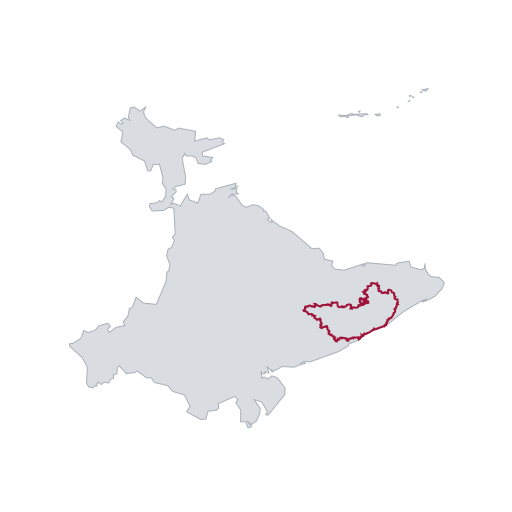 Karnataka on a map of India (Natural Earth projection), rotated 260°
{"feature_id": "IND-2446", "entity_name": "Karnataka", "entity_type": "State", "adm_level": 1, "iso_a3": "IND", "parent_name": "India", "parent_adm1": "", "projection": "natural_earth1", "projection_center": [76.378, 15.043], "detail": "fine", "context": "in_parent", "style": "outline", "palette": "rose", "viewbox_px": 512, "rotation_deg": 260, "n_neighbors": 0, "source": "natural_earth", "source_scale": "10m", "svg_char_len": 9719}
<svg xmlns="http://www.w3.org/2000/svg" viewBox="0 0 512 512"><g transform="rotate(260 256 256)"><path d="M88.1,218.4L94.6,217.0L95.3,212.1L107.1,214.2L115.1,210.7L117.7,213.2L121.5,210.9L117.2,193.3L112.7,192.8L110.9,189.9L111.5,181.7L104.2,178.4L104.6,173.1L114.8,160.6L119.2,165.0L131.6,161.4L137.1,150.5L143.6,146.6L149.1,134.0L154.0,131.8L155.1,127.1L163.5,118.8L162.2,116.7L162.7,107.9L171.4,102.4L170.4,100.2L164.2,98.5L163.9,94.8L160.5,94.7L159.9,91.6L156.5,88.8L158.2,84.4L156.3,81.5L159.4,78.3L155.5,76.5L156.3,74.3L154.3,72.4L156.2,68.5L160.0,67.0L175.8,70.6L185.8,67.4L199.3,56.9L202.0,57.1L201.7,60.3L205.2,69.2L212.5,73.4L209.8,77.4L210.7,84.5L214.5,89.1L215.5,98.4L212.1,100.4L209.6,97.1L206.1,98.1L210.1,105.9L210.2,114.7L214.3,113.7L218.8,119.3L226.3,122.2L226.8,125.2L236.2,130.8L229.3,136.9L225.6,149.4L246.2,162.8L255.7,165.5L256.4,167.6L262.8,169.7L272.0,168.0L278.0,170.7L279.0,174.2L285.4,178.3L289.2,177.0L291.8,180.3L317.3,183.4L319.1,178.6L316.9,172.9L318.4,161.6L323.3,159.6L326.0,160.8L325.5,167.6L327.3,170.4L325.6,172.4L330.4,177.4L337.5,179.0L344.2,176.3L348.8,178.0L363.2,176.8L364.0,170.8L358.2,167.1L358.6,164.3L369.0,162.6L376.7,152.2L382.5,150.8L392.0,142.7L400.9,146.5L408.0,140.8L411.8,143.6L409.3,145.9L409.6,148.1L412.9,146.3L414.7,150.3L411.5,155.2L415.2,154.5L423.6,157.9L423.9,161.8L418.9,166.7L421.8,173.2L417.4,170.2L411.2,171.2L399.4,180.4L399.8,188.1L393.8,198.1L395.4,201.9L389.3,218.2L379.9,215.6L380.8,228.5L378.5,229.9L378.7,241.0L375.9,244.4L373.7,242.4L372.1,244.5L367.5,220.9L363.8,220.8L360.5,230.6L358.3,227.6L356.9,228.9L355.0,222.3L357.1,215.2L363.0,213.8L365.5,210.8L366.8,204.2L369.5,203.4L364.6,200.2L346.0,200.4L338.9,198.5L338.5,189.5L336.7,185.7L335.4,188.6L333.3,188.6L329.1,183.0L326.9,185.2L321.5,180.9L322.4,183.6L318.5,190.2L328.7,199.0L323.0,200.0L318.2,207.7L326.4,212.6L324.8,221.0L326.8,226.8L329.2,227.7L331.1,249.0L328.8,247.8L327.6,250.0L326.2,242.5L325.7,248.9L322.2,247.6L320.3,249.3L321.0,242.3L318.0,239.0L320.6,242.5L318.2,246.6L308.4,251.1L305.7,254.8L307.1,262.2L304.6,267.6L300.3,271.8L298.8,271.2L298.5,273.4L291.0,276.2L290.1,273.5L287.2,275.3L286.4,277.6L289.4,277.1L281.7,284.1L274.0,295.6L253.7,312.2L252.6,319.6L246.7,322.8L241.1,322.7L237.6,330.7L233.6,328.8L229.5,331.3L226.7,340.1L229.8,362.1L228.0,359.0L226.9,360.4L230.2,363.8L222.6,392.1L224.5,393.7L224.4,405.8L218.2,406.7L213.8,416.3L214.7,419.5L219.4,421.4L214.2,420.4L207.6,422.6L204.9,425.6L203.3,432.6L196.9,436.8L191.5,433.5L185.4,425.4L182.7,417.8L181.7,411.3L184.3,416.7L183.0,411.3L175.6,391.5L166.4,374.8L159.8,348.2L154.7,340.1L153.3,332.0L151.5,331.4L147.6,321.0L142.3,290.7L143.8,285.5L143.4,283.7L141.8,286.1L141.4,284.7L141.6,281.7L143.6,282.0L141.3,280.8L139.9,274.3L142.6,262.6L139.5,252.9L140.8,251.6L139.4,251.7L145.3,247.7L138.6,248.4L140.5,244.6L138.4,244.5L138.8,242.0L141.8,241.0L134.5,240.5L135.5,243.0L132.8,246.7L135.2,250.7L132.4,255.9L120.8,261.7L114.5,260.3L97.1,240.2L98.1,238.1L100.7,240.3L111.2,236.3L114.9,229.1L105.3,233.7L100.3,232.4L93.4,227.7L90.9,222.4L95.2,218.5L88.8,222.1L88.1,218.4ZM377.0,389.0L374.7,384.4L377.6,379.5L378.2,363.9L380.5,361.3L378.6,369.6L379.9,375.2L378.5,376.6L377.0,389.0ZM390.8,448.4L390.9,455.1L388.9,451.5L390.8,448.4ZM374.6,402.6L373.0,402.7L372.8,399.9L374.6,397.9L374.6,402.6ZM385.4,437.6L385.3,439.6L384.9,437.8L385.4,437.6ZM387.2,434.9L386.6,437.5L386.7,434.8L387.2,434.9ZM389.2,446.0L388.6,448.1L388.1,447.3L389.2,446.0ZM378.5,421.7L377.4,421.8L377.9,420.7L378.5,421.7ZM376.6,390.0L375.5,391.1L376.0,389.4L376.6,390.0ZM380.4,382.1L380.9,384.0L379.6,382.6L380.4,382.1ZM382.5,434.4L381.6,434.1L382.0,433.1L382.5,434.4ZM376.8,369.5L376.3,371.6L376.5,369.3L376.8,369.5Z" fill="#d9dde1" stroke="#a8b0b8" stroke-width="1"/><path d="M165.3,372.1L165.3,371.6L165.0,371.1L165.4,371.2L166.3,370.5L165.3,370.8L164.9,370.7L164.3,368.1L164.5,367.6L164.2,367.2L163.7,364.2L163.4,363.5L163.3,362.3L163.4,363.1L163.6,363.1L163.2,361.5L163.1,360.1L163.3,359.9L163.6,360.0L163.9,359.8L163.7,359.7L163.4,359.3L163.5,359.2L163.4,359.0L163.0,359.7L162.5,357.3L162.1,356.3L161.1,354.6L160.8,352.5L160.3,351.7L160.4,351.4L161.3,351.5L160.3,351.1L160.2,350.8L160.1,350.2L159.4,347.7L159.9,348.6L160.1,348.6L160.0,348.4L160.3,348.4L159.7,347.7L159.5,347.1L159.3,347.2L159.3,347.7L158.8,347.7L158.8,346.9L159.3,346.5L158.5,346.6L158.3,345.1L157.9,344.8L157.6,345.1L157.3,344.6L157.1,344.6L156.6,344.2L156.4,343.8L156.6,343.9L156.8,343.4L157.2,343.6L157.5,343.1L158.0,343.0L158.1,342.9L157.7,342.5L156.9,343.2L156.6,343.3L156.4,342.7L157.1,342.2L157.6,342.2L158.1,341.8L158.4,340.7L158.4,339.6L158.8,338.6L158.1,337.7L158.7,337.5L158.9,337.2L158.8,336.5L158.4,335.8L158.4,335.2L158.1,334.9L158.4,334.0L158.1,332.6L157.3,332.1L157.0,332.3L156.5,332.3L156.4,331.9L156.9,331.1L157.6,330.5L157.8,330.6L158.0,331.1L158.6,331.1L159.2,330.6L159.7,329.6L159.5,329.2L160.3,327.7L160.4,327.1L160.4,326.7L159.9,326.4L160.1,326.0L160.8,325.9L160.9,325.6L160.9,324.3L160.8,324.0L159.7,323.3L159.2,323.4L159.0,322.1L159.6,321.8L159.1,321.5L159.1,321.0L158.6,320.9L158.5,320.5L158.0,320.6L158.2,319.9L158.8,320.0L159.1,319.5L159.5,319.8L160.2,319.1L160.5,318.4L161.5,318.7L161.9,319.7L162.7,319.1L163.2,318.9L163.3,318.7L162.9,318.3L163.3,318.0L163.5,317.5L163.8,317.4L164.7,316.7L165.5,316.8L165.6,316.6L165.3,315.4L166.2,315.0L166.7,314.1L167.1,314.3L167.7,314.1L168.5,315.1L169.1,315.3L170.0,314.8L170.0,314.2L171.0,314.0L171.5,313.7L172.1,313.7L172.7,314.0L173.2,313.7L173.6,313.3L174.2,313.8L174.5,313.8L174.7,313.3L174.5,312.8L174.7,312.2L174.3,311.3L174.4,310.1L174.3,309.8L174.0,309.5L173.6,308.1L174.5,306.9L174.9,307.0L175.1,307.6L175.9,307.7L176.2,308.3L176.4,308.3L176.9,307.7L177.1,307.9L177.4,307.7L177.7,308.6L178.2,309.0L179.0,308.6L179.4,308.7L180.2,308.2L180.7,308.4L181.4,308.1L182.0,308.5L183.1,308.5L183.4,308.2L182.6,306.9L182.9,306.4L182.9,305.6L182.6,305.0L183.5,304.7L183.9,304.1L184.3,303.8L184.4,303.4L184.7,303.2L185.0,302.7L185.9,302.8L186.8,303.7L187.2,302.5L187.8,302.1L187.6,301.1L188.8,301.2L189.0,301.0L189.3,300.3L189.5,297.5L190.0,297.2L191.6,297.0L192.0,296.1L193.3,295.2L193.3,294.1L193.7,293.4L194.3,293.3L194.6,293.7L194.7,294.8L195.7,295.3L195.8,295.7L196.1,295.7L196.6,295.3L197.5,295.6L197.3,296.4L197.7,298.1L197.2,298.5L197.7,299.2L198.0,300.2L197.9,300.7L196.7,301.8L196.5,302.1L196.9,302.7L196.9,303.1L196.1,303.6L195.5,304.8L195.6,305.0L196.4,305.5L197.5,305.5L197.7,305.9L198.6,305.5L198.3,306.6L197.7,306.8L197.4,307.3L196.8,307.5L196.5,308.3L195.1,310.4L195.0,311.1L195.7,311.5L196.2,313.1L195.8,314.1L195.8,316.1L195.5,317.1L195.5,317.4L195.9,317.8L195.5,318.4L195.9,318.5L195.7,319.2L195.2,319.5L195.0,320.1L193.7,321.1L194.1,321.7L195.3,322.1L196.5,322.1L196.9,322.3L197.2,322.9L196.4,323.7L196.3,325.1L196.4,327.3L195.9,328.0L194.3,327.9L193.3,327.7L192.6,327.8L191.5,328.4L191.1,329.1L191.0,330.6L191.7,331.9L191.6,332.1L191.1,332.0L190.8,332.2L190.7,332.7L190.8,334.1L190.7,334.2L190.3,333.9L190.3,334.2L190.8,335.4L191.0,336.3L191.9,336.9L192.2,339.2L191.7,340.5L191.1,341.1L190.6,340.7L190.1,340.9L189.1,340.6L187.9,339.9L187.7,340.3L187.7,340.9L187.4,341.4L188.4,341.9L188.6,342.3L188.3,344.0L187.9,344.4L187.9,345.0L187.7,345.8L187.6,346.5L187.8,347.3L188.2,347.5L188.6,348.3L189.6,348.3L189.9,348.5L189.6,349.3L189.2,349.4L189.0,349.7L189.1,350.3L189.8,350.8L189.6,351.4L191.5,351.8L191.7,351.0L192.3,350.2L192.9,350.5L193.7,350.4L193.9,350.8L194.5,351.1L195.0,351.7L195.3,351.5L194.9,350.7L195.1,350.4L195.4,350.5L195.6,350.8L196.2,351.1L196.1,351.7L196.2,352.4L195.1,352.7L194.6,353.3L195.0,353.5L194.6,354.3L194.9,355.1L195.3,355.4L195.2,355.9L195.4,356.3L195.3,356.5L194.6,356.3L194.6,355.8L194.1,354.8L193.6,354.7L192.0,354.9L191.7,354.5L190.6,354.1L190.3,352.6L189.7,352.4L189.2,352.7L189.2,353.1L190.0,354.1L189.9,354.8L190.8,356.2L190.2,357.5L190.3,358.4L190.5,358.4L190.6,358.0L191.2,358.5L191.4,358.2L192.2,358.2L192.2,357.3L191.9,356.9L192.2,356.8L192.4,356.2L192.5,356.7L193.0,356.5L193.3,356.8L193.7,356.8L194.1,357.1L195.2,357.1L195.7,357.8L195.9,359.1L196.5,359.1L197.2,358.6L197.7,358.6L197.8,358.1L198.3,358.0L198.6,358.3L198.9,357.7L199.4,357.4L200.0,356.8L199.8,356.1L199.9,355.9L200.7,355.9L201.1,356.1L201.8,355.5L201.8,356.1L201.4,356.6L201.6,357.3L202.0,356.8L202.5,356.8L202.9,356.6L203.4,357.0L203.6,357.3L203.7,357.8L203.5,358.4L203.7,359.1L203.2,359.2L203.3,359.7L204.0,359.7L204.7,360.5L205.3,360.7L205.7,360.7L206.1,360.5L206.9,360.7L206.7,363.6L207.0,364.4L207.9,364.5L208.6,365.0L209.1,364.6L209.2,364.8L209.2,365.9L208.7,366.9L208.6,367.7L208.1,368.2L207.4,369.7L207.8,370.1L208.1,370.6L207.7,370.6L207.0,370.0L206.6,370.0L206.5,370.6L206.4,370.7L205.9,371.0L205.4,370.8L205.5,371.7L205.2,372.1L204.5,371.9L203.0,370.9L202.4,371.5L201.4,370.6L200.7,370.6L200.2,370.8L199.6,372.2L199.8,372.7L198.9,373.3L197.9,373.3L197.4,374.9L197.6,375.4L197.5,375.8L197.9,375.8L198.0,376.0L197.9,377.0L197.3,377.9L196.2,379.0L196.4,379.8L198.6,379.8L199.4,380.2L199.8,381.0L198.7,383.0L198.3,383.3L196.8,383.5L196.5,383.7L195.8,385.2L195.5,385.5L194.7,385.6L193.8,385.2L193.3,385.4L192.3,385.4L191.8,386.1L190.9,385.1L189.7,385.3L188.9,386.7L188.6,387.8L187.8,387.6L185.6,387.7L185.4,387.5L185.3,386.8L184.8,386.5L184.2,386.7L183.8,387.2L183.4,386.1L182.5,386.1L181.9,385.3L181.4,385.3L180.8,384.5L180.1,384.6L179.9,384.4L179.9,383.3L179.7,383.1L178.4,383.6L176.9,383.2L176.2,382.5L176.0,381.7L175.3,381.6L174.9,381.2L174.5,381.2L174.2,380.8L173.4,380.3L172.1,378.6L171.6,378.6L171.4,377.6L171.1,377.0L171.1,376.7L171.4,376.1L170.7,376.1L170.0,375.2L170.2,374.3L169.7,374.2L169.2,374.4L168.8,373.9L168.3,373.9L168.2,373.6L168.2,373.2L167.8,372.9L167.1,373.1L167.1,372.7L166.5,372.5L166.3,371.9L165.3,372.1Z" fill="none" stroke="#9f1239" stroke-width="2"/></g></svg>